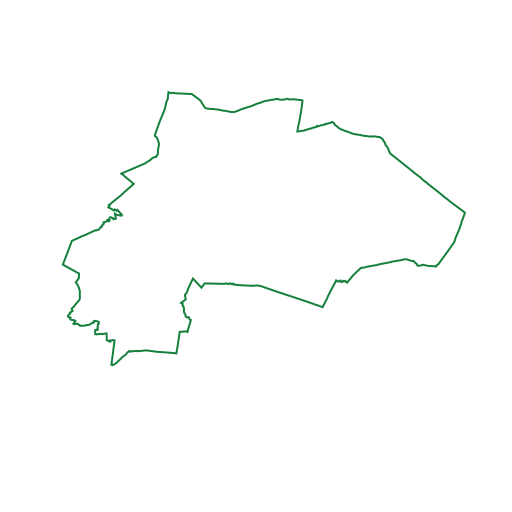 Stiuca, Timis, Romania (Natural Earth projection), rotated 116°
{"feature_id": "2599482B92651033244304", "entity_name": "Stiuca", "entity_type": "district", "adm_level": 2, "iso_a3": "ROU", "parent_name": "Romania", "parent_adm1": "Timis", "projection": "natural_earth1", "projection_center": [21.98, 45.563], "detail": "fine", "context": "isolated", "style": "outline", "palette": "green", "viewbox_px": 512, "rotation_deg": 116, "n_neighbors": 0, "source": "geoboundaries", "source_scale": "gbopen_adm2", "svg_char_len": 6103}
<svg xmlns="http://www.w3.org/2000/svg" viewBox="0 0 512 512"><g transform="rotate(116 256 256)"><path d="M323.0,428.1L348.4,425.8L349.3,409.2L349.3,407.3L352.0,406.3L353.5,405.5L358.7,406.4L359.6,404.6L360.6,403.2L362.2,401.2L364.5,399.2L365.0,398.8L368.3,397.3L370.8,395.9L373.1,395.5L375.5,396.1L376.7,396.5L381.0,397.5L384.3,398.6L385.7,396.8L388.3,398.3L388.6,397.8L389.2,397.8L390.9,398.6L392.7,398.7L393.3,396.5L392.6,396.3L392.7,395.7L393.8,395.7L394.4,394.7L394.2,393.5L393.4,391.2L393.5,389.9L396.9,390.4L396.7,389.0L396.0,389.1L395.2,386.6L395.2,386.0L395.6,385.2L395.4,384.1L395.8,383.5L395.6,382.8L395.0,382.0L394.8,381.4L394.2,380.5L394.0,379.8L392.5,378.3L392.1,377.2L390.4,375.3L389.3,374.7L387.8,373.6L386.9,372.6L386.4,373.2L385.8,373.3L384.9,372.5L384.8,371.5L384.5,370.8L384.0,368.7L385.5,367.6L385.8,367.8L386.1,367.8L386.6,368.2L389.4,367.1L390.2,366.9L390.1,366.7L391.8,365.9L393.2,368.1L396.7,366.2L396.5,365.7L396.5,365.2L395.4,363.7L394.1,361.5L393.7,360.4L393.5,359.6L393.1,359.4L391.1,356.4L394.9,354.3L397.1,353.3L396.9,351.5L397.2,350.6L397.1,349.7L396.8,349.4L395.6,349.9L395.4,349.1L394.9,348.4L394.5,348.1L394.0,346.3L393.9,346.1L417.1,338.3L416.9,336.9L415.1,335.6L413.5,334.7L406.7,332.2L405.3,331.8L402.3,330.1L401.2,329.7L398.6,329.1L397.1,328.3L396.8,327.9L397.2,327.5L393.6,321.7L393.7,321.2L392.9,320.0L392.9,319.7L388.9,313.2L385.7,303.5L380.1,289.6L379.6,288.0L379.0,286.6L378.5,284.9L373.2,286.4L357.6,291.3L354.0,285.1L354.2,284.4L343.6,286.2L342.7,286.8L342.1,286.6L341.9,287.8L341.4,288.7L340.7,289.2L340.5,289.6L340.9,290.4L341.5,291.2L341.4,291.9L341.1,292.7L340.6,293.2L339.6,293.7L339.1,294.4L338.7,295.4L337.8,296.3L334.8,297.6L334.1,298.4L332.9,299.4L332.9,300.0L332.7,300.3L332.2,300.4L331.8,300.6L331.5,301.0L331.0,301.1L331.0,302.8L325.9,300.1L322.0,302.9L320.1,302.3L319.1,302.2L315.5,302.6L312.7,302.7L303.9,302.8L308.4,291.1L303.2,290.2L294.9,272.2L293.9,271.2L293.3,268.4L291.9,267.4L292.1,265.7L291.0,264.5L291.5,263.9L290.9,263.1L291.1,262.6L288.6,256.0L284.3,246.0L281.9,241.9L281.0,239.0L278.9,221.5L276.5,204.0L274.6,189.5L274.2,185.6L274.0,184.8L273.8,181.8L273.3,178.9L272.8,173.7L270.2,173.7L269.4,173.6L262.4,173.5L261.2,173.7L257.2,173.6L256.9,173.7L245.2,173.3L244.9,173.2L242.9,173.3L243.0,172.8L242.7,172.1L243.0,171.5L243.0,171.2L242.6,170.8L242.4,170.2L241.3,169.7L241.0,169.2L241.9,168.8L242.0,168.0L241.6,167.4L240.8,167.1L240.7,167.0L240.8,166.7L240.1,166.5L239.8,166.1L239.4,165.1L239.4,164.8L240.0,164.1L240.0,163.9L239.4,163.2L239.4,162.9L239.8,162.4L230.3,160.1L220.5,156.4L220.3,155.8L219.0,153.7L216.6,151.1L211.4,143.8L208.5,140.4L202.3,132.0L201.8,131.8L201.3,131.1L196.0,123.6L194.5,122.0L193.3,120.1L192.8,118.3L192.6,116.6L192.1,113.5L191.5,112.6L191.5,112.3L191.8,111.2L192.0,110.8L192.2,110.5L192.2,110.1L192.4,109.6L192.7,107.9L193.7,107.1L193.8,106.8L193.7,106.1L193.6,105.7L191.8,103.1L190.9,102.3L190.6,101.7L189.3,96.4L187.7,92.9L186.5,89.9L186.6,89.5L186.5,89.4L184.9,89.5L183.9,88.7L183.5,88.5L180.6,88.0L166.6,85.5L156.3,83.9L151.6,84.7L151.2,84.6L144.3,84.9L136.7,85.8L134.9,86.3L133.3,86.3L125.6,87.1L124.7,90.7L122.0,105.5L121.0,109.0L120.8,111.0L120.5,111.9L120.3,113.7L119.8,114.8L118.7,119.7L115.7,133.6L115.1,135.0L115.1,136.0L114.9,136.8L114.6,138.7L113.7,141.5L113.2,142.7L113.1,143.7L112.0,149.5L109.5,160.1L105.1,180.1L104.3,181.3L101.6,184.4L100.4,186.0L99.4,188.3L97.4,190.2L96.8,191.7L95.9,192.8L95.3,193.8L94.9,197.0L95.2,197.8L95.7,198.6L95.8,199.6L96.6,202.1L97.7,203.7L98.0,204.9L98.8,206.2L99.6,208.9L100.4,210.9L101.3,214.0L101.5,215.5L103.1,220.1L103.9,224.2L103.9,226.0L104.2,228.7L104.7,232.0L104.6,233.6L104.9,234.8L104.8,236.0L104.8,237.3L104.5,238.2L104.3,239.2L103.9,240.1L103.7,242.5L103.5,243.0L102.4,243.8L102.1,246.2L102.3,246.6L102.9,246.8L104.5,248.3L105.2,249.4L107.1,251.2L107.2,251.4L107.0,251.7L107.1,251.8L107.7,251.9L109.4,253.8L110.1,255.0L111.0,255.7L112.3,257.1L112.1,258.1L112.3,258.3L113.3,258.3L113.7,258.7L114.3,259.0L114.8,260.0L118.2,263.5L118.5,264.2L118.8,264.5L119.1,264.7L120.7,266.2L121.1,266.7L122.0,267.5L122.6,268.3L123.7,270.3L125.3,272.2L126.0,273.4L121.4,274.8L116.3,276.0L106.4,278.8L99.7,281.0L95.8,282.4L95.8,282.5L97.4,287.5L98.6,290.8L99.3,292.3L100.4,294.0L100.7,294.7L100.8,296.6L101.0,297.0L102.2,298.0L103.2,299.7L104.0,300.8L104.7,302.1L105.4,304.7L105.2,305.2L105.3,305.5L107.3,308.2L109.1,310.9L110.8,313.0L111.2,313.8L112.8,315.8L115.1,318.3L116.2,319.0L118.7,321.9L123.3,325.9L129.1,332.1L131.6,334.5L133.7,336.1L136.5,339.1L137.6,341.8L138.3,344.6L138.6,346.3L139.7,349.1L141.0,354.3L141.8,356.3L142.7,359.1L143.8,361.4L144.8,364.3L145.1,365.5L145.2,366.4L144.6,367.8L142.5,371.2L141.0,373.4L140.6,374.3L140.0,376.9L138.6,384.8L144.9,399.4L145.2,400.4L146.0,402.8L146.7,403.6L146.9,404.0L147.2,405.7L147.1,406.5L151.8,404.9L152.9,404.3L154.6,404.1L156.9,404.1L162.7,402.6L167.2,402.1L174.6,401.7L179.3,401.3L191.0,400.0L192.4,399.3L192.7,398.8L193.0,397.2L193.9,395.9L196.9,393.0L198.5,392.0L201.9,391.1L205.8,389.7L207.1,389.0L208.1,388.8L208.5,389.0L209.3,389.1L210.1,389.5L210.5,389.2L212.8,391.7L213.2,392.0L215.9,393.0L217.9,394.2L220.0,395.6L220.7,395.8L221.2,396.1L241.1,413.3L241.2,413.1L241.2,411.3L242.1,408.7L242.4,407.3L242.7,406.2L243.1,404.2L244.8,397.5L256.7,402.5L260.5,403.9L274.6,410.5L274.7,409.8L277.0,410.0L277.0,406.6L277.4,403.6L276.0,403.3L276.4,400.9L275.3,400.7L277.9,394.4L278.7,394.5L278.8,395.4L278.9,395.8L279.2,395.9L279.6,397.7L280.1,399.7L280.2,400.3L279.9,401.0L279.8,401.3L280.2,401.2L283.1,398.8L283.7,398.4L284.0,398.4L285.2,399.8L285.4,400.2L284.7,400.9L285.0,401.4L284.7,401.9L284.8,402.7L284.8,403.6L285.6,404.2L286.7,404.2L287.5,403.6L288.8,403.2L289.2,403.4L289.3,403.6L288.5,404.8L288.5,405.3L289.0,405.5L290.0,405.4L290.6,405.5L292.6,407.8L293.3,407.1L293.6,407.0L294.1,407.1L294.5,407.0L294.7,407.5L294.9,407.6L296.0,407.8L296.7,407.5L296.9,407.6L297.8,407.6L298.0,407.8L298.2,408.3L298.4,408.2L298.8,408.2L301.2,408.9L301.7,409.3L302.2,410.3L303.0,410.7L303.3,411.6L310.3,417.4L312.2,418.8L315.7,422.2L316.3,422.4L323.0,428.1Z" fill="none" stroke="#15803d" stroke-width="2"/></g></svg>